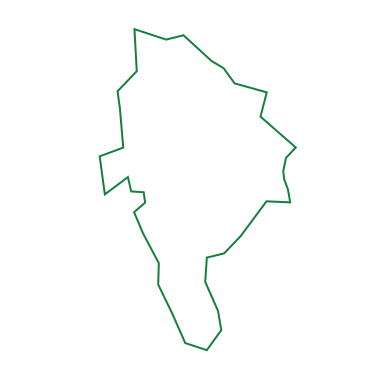 Izboskan, Andijon, Uzbekistan, rotated 103°
{"feature_id": "79887680B50454088446008", "entity_name": "Izboskan", "entity_type": "district", "adm_level": 2, "iso_a3": "UZB", "parent_name": "Uzbekistan", "parent_adm1": "Andijon", "projection": "natural_earth1", "projection_center": [72.251, 40.931], "detail": "fine", "context": "isolated", "style": "outline", "palette": "green", "viewbox_px": 384, "rotation_deg": 103, "n_neighbors": 0, "source": "geoboundaries", "source_scale": "gbopen_adm2", "svg_char_len": 624}
<svg xmlns="http://www.w3.org/2000/svg" viewBox="0 0 384 384"><g transform="rotate(103 192 192)"><path d="M243.3,230.4L268.9,208.3L289.8,204.1L313.6,184.9L340.7,164.6L342.8,142.0L320.0,132.4L302.0,139.9L276.6,158.9L252.6,162.8L244.6,146.9L223.7,134.5L184.3,117.3L180.0,94.0L167.9,99.1L158.9,105.0L151.1,107.8L137.7,108.1L125.3,100.9L103.2,142.2L78.1,141.6L76.6,174.9L64.3,189.0L60.0,202.3L41.2,235.6L49.3,251.5L46.3,284.7L86.7,273.0L110.6,287.2L126.9,281.0L164.2,269.0L178.0,290.0L213.9,276.4L191.9,257.8L205.1,251.4L203.1,239.0L212.9,235.3L224.7,243.9L243.3,230.4Z" fill="none" stroke="#15803d" stroke-width="2"/></g></svg>